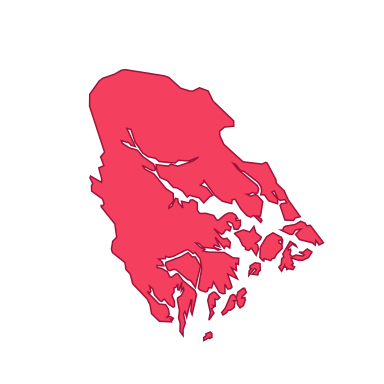 SVG path tracing the border of Hordaland, rotated 245°
{"feature_id": "NOR-913", "entity_name": "Hordaland", "entity_type": "County", "adm_level": 1, "iso_a3": "NOR", "parent_name": "Norway", "parent_adm1": "", "projection": "robinson", "projection_center": [5.687, 60.257], "detail": "fine", "context": "isolated", "style": "filled", "palette": "rose", "viewbox_px": 384, "rotation_deg": 245, "n_neighbors": 0, "source": "natural_earth", "source_scale": "10m", "svg_char_len": 6026}
<svg xmlns="http://www.w3.org/2000/svg" viewBox="0 0 384 384"><g transform="rotate(245 192 192)"><path d="M123.8,279.7L124.9,274.5L123.3,272.0L127.2,264.4L142.7,266.1L143.6,268.2L142.1,273.3L145.9,273.0L147.1,268.4L149.3,267.0L158.1,267.1L158.1,264.4L149.2,266.6L145.1,264.6L151.7,257.7L158.8,256.5L160.4,253.1L163.5,255.6L168.5,256.8L173.6,255.6L188.7,247.8L190.9,245.0L198.4,243.3L200.4,241.5L193.8,242.9L170.1,253.9L166.4,253.7L163.5,251.2L163.5,249.2L166.1,246.4L165.7,243.2L166.8,240.7L163.5,243.2L162.8,248.2L161.5,249.6L153.4,252.1L142.0,244.4L141.3,243.6L142.7,240.7L138.7,243.2L136.6,243.4L135.3,241.5L144.7,238.0L144.5,234.4L147.6,231.7L156.1,229.1L167.1,228.0L168.1,225.2L164.7,223.1L170.8,215.6L179.4,211.3L198.2,207.6L195.8,206.9L194.8,202.5L189.4,207.2L180.1,209.4L180.3,206.1L177.1,198.1L183.7,196.0L190.1,188.3L189.4,185.5L196.8,183.8L202.2,180.1L204.0,177.0L212.7,174.4L218.6,169.2L225.6,169.0L232.0,171.0L225.4,181.6L226.1,184.6L221.4,190.1L219.6,205.9L220.9,212.7L221.4,202.4L226.5,193.1L225.4,188.9L233.4,175.2L238.0,173.1L242.5,167.2L247.7,164.0L261.3,161.5L274.6,163.1L277.2,159.8L257.2,159.8L260.3,156.4L263.2,155.7L268.5,149.6L265.6,149.4L258.4,154.0L252.9,160.2L244.8,162.4L233.5,168.9L228.6,168.8L227.3,167.6L228.3,164.9L237.2,158.2L232.6,159.0L224.3,165.2L205.8,169.9L198.6,174.4L191.6,171.5L188.7,165.0L187.0,164.2L187.7,168.0L193.2,174.5L191.7,176.2L188.4,175.1L181.3,177.0L188.1,178.6L183.4,184.6L185.4,187.2L184.5,189.5L180.0,192.3L173.4,189.2L169.4,189.8L166.7,195.7L161.5,201.8L156.2,202.5L155.3,204.2L157.4,211.9L157.5,216.4L155.8,219.8L152.7,221.8L148.7,222.1L149.4,220.4L147.5,219.8L146.0,224.0L141.1,221.7L138.7,217.8L140.5,214.5L146.1,215.3L149.4,213.2L150.1,211.0L146.1,211.0L143.7,212.7L140.6,209.8L143.0,208.1L143.4,206.3L141.1,202.8L141.3,200.8L149.4,196.5L138.7,199.1L136.0,200.8L135.3,204.2L130.1,205.5L125.3,202.5L128.3,200.8L128.7,199.4L127.3,197.4L141.3,193.9L130.6,193.9L134.5,189.9L134.0,188.9L132.2,188.9L128.0,193.1L128.4,190.9L131.4,188.5L137.3,178.6L142.4,176.7L144.1,174.0L137.9,176.4L134.7,179.5L134.0,177.0L130.7,181.3L123.6,195.7L115.0,201.4L112.2,206.4L106.6,203.4L108.6,201.6L101.9,199.1L106.6,195.7L94.0,196.5L102.6,189.7L89.0,188.1L88.1,186.1L89.0,183.3L94.6,182.8L86.1,179.1L86.7,177.0L89.7,174.4L101.4,173.5L96.8,169.2L98.1,166.7L95.5,163.8L95.7,161.9L99.7,157.8L102.2,157.1L118.8,168.6L128.2,171.1L136.0,169.2L135.6,167.1L141.3,164.2L141.9,162.5L141.6,147.7L142.6,143.2L144.7,141.1L142.8,139.7L145.4,133.4L141.4,135.4L137.0,135.2L140.1,129.2L138.2,128.5L135.5,132.3L130.0,136.0L124.4,136.0L123.4,137.3L124.6,143.2L123.7,144.6L115.6,146.3L101.7,153.0L96.9,152.7L80.9,140.3L84.6,140.6L94.2,146.2L94.7,145.5L80.9,134.3L86.8,135.2L84.8,132.7L75.9,130.5L71.2,125.8L65.6,123.2L70.9,122.2L78.1,125.9L83.3,126.5L89.8,130.5L99.8,133.0L102.1,134.2L102.7,138.7L106.4,143.1L108.7,143.7L106.7,140.3L114.7,144.6L108.6,138.9L109.4,137.7L114.7,140.3L112.4,137.1L112.7,135.2L108.8,133.4L107.1,130.1L100.2,129.8L95.8,127.8L95.5,126.2L100.3,123.3L106.8,121.6L105.5,118.3L107.3,116.7L114.5,114.6L120.9,115.4L124.7,113.8L119.2,112.7L118.3,111.3L120.8,109.6L118.4,109.9L104.4,114.8L101.1,120.4L95.9,121.1L90.9,119.8L89.0,116.5L88.6,119.4L85.4,121.8L84.2,119.9L85.6,118.9L82.9,118.6L88.6,107.8L98.8,103.9L107.6,106.3L114.0,106.2L133.8,99.5L143.7,101.3L149.8,99.4L156.4,101.4L170.8,94.3L174.2,94.8L180.9,99.4L182.8,104.6L195.7,108.6L217.1,103.4L218.2,104.1L217.2,105.8L218.4,107.3L223.4,108.0L235.2,101.4L240.3,103.6L241.5,105.6L248.0,105.5L249.3,106.8L239.0,114.0L242.3,115.8L253.3,117.7L253.1,123.3L262.5,124.0L265.0,129.6L313.0,135.4L323.8,140.6L331.8,154.7L332.8,159.2L331.5,171.4L332.2,179.5L331.1,183.2L309.1,215.8L305.6,219.4L291.1,225.4L284.7,232.3L283.1,235.2L283.3,242.8L276.8,249.3L265.4,249.5L238.8,259.8L234.0,257.7L237.1,248.9L235.3,242.6L231.0,241.0L221.6,241.0L197.8,251.0L187.8,267.2L187.7,271.3L186.7,272.3L167.7,273.3L164.5,272.1L154.2,276.0L144.2,275.9L123.8,279.7ZM139.3,138.6L138.0,154.7L138.7,162.8L133.2,164.7L131.7,167.6L121.3,168.4L104.0,154.7L112.3,153.4L114.7,150.9L127.9,145.0L129.6,142.8L130.0,138.6L131.6,137.1L137.2,137.1L139.3,138.6ZM90.5,289.7L90.3,284.8L95.7,283.9L91.7,281.2L95.2,279.5L103.4,269.4L109.8,267.9L112.4,275.0L113.8,269.7L111.1,265.3L112.3,262.8L119.9,256.5L119.2,258.3L121.2,260.1L121.5,262.4L119.0,271.6L119.5,278.2L116.1,281.2L112.8,281.7L111.9,285.1L90.5,289.7ZM119.9,240.7L120.8,248.1L113.3,253.8L110.2,253.9L107.1,252.1L111.1,252.2L111.4,250.2L109.0,249.4L106.5,251.4L102.8,249.9L99.9,242.3L97.2,238.9L97.7,236.3L96.6,234.4L101.2,229.1L99.1,228.0L99.8,227.1L104.0,225.8L113.2,230.7L119.9,240.7ZM130.2,215.3L136.3,213.0L136.7,214.5L135.9,222.6L131.3,227.6L134.7,233.6L128.0,232.7L121.8,235.8L119.9,233.6L118.7,227.5L116.5,229.1L112.2,228.2L107.5,223.4L116.1,222.1L115.1,218.7L117.3,216.2L119.5,217.0L122.3,215.3L130.2,215.3ZM97.5,248.2L105.8,260.1L100.5,263.5L98.4,263.6L102.4,261.0L100.3,255.0L98.5,254.7L98.8,256.9L97.5,257.1L94.1,254.3L91.0,255.6L91.0,259.6L87.1,265.3L87.7,267.2L92.4,263.6L90.4,267.1L91.7,272.4L86.9,275.4L83.3,269.7L83.4,263.3L84.9,259.9L90.4,253.9L84.2,253.4L83.6,251.2L80.8,253.4L79.0,250.7L81.6,247.3L81.7,245.0L83.6,246.0L84.6,244.5L86.4,245.0L82.3,239.7L87.2,238.9L88.5,242.1L93.6,245.1L94.3,247.6L97.5,248.2ZM83.2,197.8L82.4,199.0L77.9,198.7L75.8,193.2L74.6,192.3L74.0,195.3L71.6,194.7L67.3,190.6L66.7,186.5L71.6,185.8L74.6,187.2L75.9,183.8L74.3,184.5L69.6,181.4L68.6,177.0L69.7,175.0L68.0,172.3L67.5,168.1L70.2,167.9L72.6,173.0L81.5,182.9L81.9,185.7L80.4,187.2L77.3,187.2L81.9,191.5L83.2,197.8ZM73.1,160.8L68.7,153.1L75.1,157.7L87.1,160.4L91.4,164.2L92.3,169.0L91.2,170.7L84.6,172.7L83.7,169.5L85.4,167.6L78.7,164.9L80.1,163.3L78.6,163.5L77.7,160.3L73.1,160.8ZM100.5,213.5L101.2,219.3L98.4,223.4L92.1,220.8L91.5,218.5L89.0,216.6L92.1,211.8L94.1,217.5L96.3,216.4L92.3,208.2L96.4,210.5L97.6,213.4L98.8,212.3L100.5,213.5ZM57.6,144.6L57.4,149.4L55.2,150.1L51.2,148.3L52.1,148.4L51.7,146.2L52.7,146.2L52.4,139.9L55.2,141.1L55.8,144.2L57.6,144.6Z" fill="#f43f5e" stroke="#9f1239" stroke-width="1.5"/></g></svg>